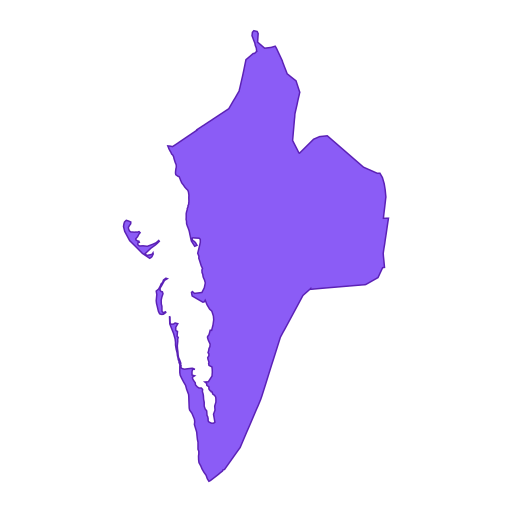 outline of Ad Durayhimi, Al Hudaydah, Yemen
{"feature_id": "15242507B48909907999430", "entity_name": "Ad Durayhimi", "entity_type": "district", "adm_level": 2, "iso_a3": "YEM", "parent_name": "Yemen", "parent_adm1": "Al Hudaydah", "projection": "equal_earth", "projection_center": [43.019, 14.599], "detail": "fine", "context": "isolated", "style": "filled", "palette": "violet", "viewbox_px": 512, "rotation_deg": 0, "n_neighbors": 0, "source": "geoboundaries", "source_scale": "gbopen_adm2", "svg_char_len": 6032}
<svg xmlns="http://www.w3.org/2000/svg" viewBox="0 0 512 512"><path d="M246.0,59.6L245.8,60.4L243.6,71.2L242.4,76.8L242.2,77.6L239.8,88.1L239.3,90.0L239.2,91.0L238.3,92.4L235.1,98.0L233.6,100.4L231.0,104.9L228.8,108.7L217.0,116.5L199.8,127.8L197.2,129.5L196.8,129.8L197.0,130.1L175.0,145.0L172.5,146.6L170.2,146.1L167.8,145.9L168.8,148.4L168.8,148.6L169.3,149.5L170.0,150.9L170.9,152.3L171.3,153.3L171.7,154.1L172.8,155.1L173.7,157.0L173.9,158.2L174.5,160.2L175.0,161.8L175.4,162.9L176.2,164.8L176.3,167.1L175.9,168.8L175.6,171.1L175.5,172.5L175.5,173.2L175.8,174.7L178.0,176.3L179.2,176.7L180.4,179.7L180.7,180.7L181.2,181.4L181.5,182.5L182.2,183.5L183.4,185.0L184.8,187.1L186.4,188.9L187.7,190.1L188.4,191.8L188.9,195.1L188.8,197.7L188.9,200.7L188.9,202.2L188.7,202.7L188.7,204.2L188.0,205.6L188.0,206.7L187.2,208.7L187.3,209.4L186.6,211.6L186.2,213.6L186.2,217.4L186.1,219.4L186.5,221.2L186.6,223.8L187.4,226.2L188.0,227.6L189.1,230.7L189.5,232.5L189.9,234.5L190.3,236.3L190.7,238.3L191.4,241.1L194.7,246.3L197.0,245.3L195.4,242.5L193.9,241.1L193.1,240.7L192.4,240.0L192.2,238.2L193.1,237.8L195.3,238.0L199.1,238.2L200.3,239.3L200.3,242.3L199.7,245.1L197.7,253.3L198.9,256.3L198.8,258.3L199.7,260.9L201.2,265.8L202.5,268.4L201.9,270.0L202.0,271.3L202.0,272.4L202.8,274.5L203.0,276.2L203.4,277.6L204.5,280.0L205.3,282.9L204.3,287.8L201.9,292.5L194.5,293.4L192.4,291.6L191.5,292.4L191.8,294.4L192.2,296.0L202.9,302.2L204.3,301.8L205.2,300.2L207.0,304.7L209.6,309.1L211.8,311.1L213.4,316.0L213.7,319.8L213.0,324.9L211.6,330.4L210.2,330.2L209.5,332.9L208.9,334.9L207.6,336.5L207.5,337.6L208.2,339.9L210.1,344.1L209.9,346.7L209.0,348.5L208.6,350.8L208.0,352.7L208.9,353.9L208.8,355.9L207.7,357.6L208.0,359.3L209.0,362.3L208.6,363.4L209.0,365.4L211.9,366.9L212.2,369.2L212.3,372.3L212.0,376.1L210.1,379.0L208.3,381.8L204.9,382.0L206.6,383.4L206.8,385.3L208.9,386.9L208.9,389.0L210.1,390.7L210.8,390.9L211.1,391.8L212.2,392.1L212.7,394.0L214.6,395.4L215.7,397.1L215.9,399.1L215.9,402.1L214.7,406.1L215.0,410.1L214.3,412.1L213.5,414.2L214.9,422.2L213.5,423.2L211.5,423.2L210.4,422.7L209.2,422.2L208.2,421.1L208.1,419.8L208.1,418.5L207.7,416.7L207.0,415.4L206.7,410.9L205.1,408.9L204.2,406.1L204.2,402.3L203.6,399.2L203.4,395.8L203.1,394.0L202.4,391.6L202.6,389.4L201.3,388.0L199.0,388.0L197.3,386.9L195.5,384.9L195.2,382.7L194.2,381.4L192.7,379.0L192.4,377.7L192.7,377.0L194.6,375.8L192.1,375.1L192.0,374.1L192.0,371.6L192.3,370.5L192.5,369.4L194.9,369.3L192.7,368.3L191.5,368.3L187.9,368.7L184.5,369.2L182.5,368.7L181.5,368.2L180.9,367.2L181.1,365.6L180.6,365.0L180.8,363.2L179.7,360.1L178.5,357.4L178.1,354.7L177.9,351.8L177.5,348.8L177.3,345.8L177.8,341.2L177.7,339.4L178.2,337.4L177.1,336.3L177.5,331.4L176.6,331.0L176.2,330.8L175.7,330.1L175.8,328.9L175.7,327.4L176.3,326.3L177.8,323.7L175.1,323.0L173.5,324.1L171.1,324.2L170.5,324.0L170.1,322.3L170.0,317.2L169.5,316.2L169.8,323.9L170.9,326.8L173.6,333.6L175.1,339.0L175.5,342.3L175.5,345.0L176.2,349.3L177.1,352.8L177.4,355.5L178.0,357.9L178.3,359.8L179.0,361.2L179.0,362.5L179.7,364.1L179.9,365.2L179.8,366.5L179.8,368.7L179.8,372.5L180.2,375.2L181.5,378.0L183.5,381.8L185.6,385.4L186.6,389.2L188.6,394.5L188.8,397.4L188.9,400.5L189.2,408.0L189.6,410.0L192.0,413.4L192.7,415.1L194.4,419.2L194.7,421.8L194.4,424.5L196.7,432.2L197.0,435.6L197.4,439.4L198.0,442.2L198.0,449.3L198.8,451.3L198.8,454.0L198.5,456.0L198.6,459.8L199.0,462.7L200.8,466.0L202.0,468.9L203.9,472.2L206.1,475.3L207.3,478.7L208.9,481.3L210.5,480.5L218.9,474.0L218.9,473.9L222.4,471.1L222.6,470.9L222.7,470.3L222.9,470.0L224.4,469.5L224.6,469.4L224.7,469.2L237.9,450.6L240.1,447.6L246.6,432.3L249.2,426.4L256.6,409.0L258.1,405.7L260.7,399.4L260.9,398.8L261.8,396.2L265.1,385.8L269.4,372.0L271.8,364.3L273.2,360.0L280.4,337.2L283.1,332.1L284.7,329.3L293.6,312.8L302.9,295.5L303.3,295.1L306.7,292.1L310.4,288.8L310.7,288.5L310.8,289.3L324.1,288.1L357.5,285.3L363.5,284.8L363.9,284.8L365.6,284.6L368.3,283.1L374.6,279.5L378.0,277.6L382.6,267.7L384.5,267.4L383.9,260.9L383.4,256.0L383.3,254.4L383.2,253.4L383.9,248.6L384.7,243.8L385.2,240.1L385.4,238.8L386.2,233.6L387.3,225.9L388.4,218.7L388.5,218.2L383.4,218.3L384.0,212.8L384.6,208.0L385.8,197.5L385.9,197.2L385.2,190.0L384.2,183.7L382.4,177.5L380.0,173.4L379.9,173.2L377.3,173.3L363.5,167.2L327.3,135.8L319.6,136.6L313.6,139.2L299.5,153.2L298.9,152.9L297.2,149.5L297.1,149.3L295.5,146.2L292.6,140.5L294.5,118.9L294.7,117.2L294.9,113.9L297.1,104.3L297.6,101.8L298.2,99.1L299.2,94.9L299.6,92.9L299.8,92.2L299.5,91.5L296.0,80.8L293.4,78.8L292.4,78.0L289.4,75.6L288.2,74.6L287.2,73.9L286.1,71.0L284.4,66.7L283.5,64.3L282.6,62.0L282.5,61.5L282.3,60.8L276.3,48.0L275.2,46.2L271.2,47.4L264.7,48.2L264.3,47.9L257.9,42.4L257.6,42.2L258.1,34.5L258.2,33.7L257.2,31.5L253.8,30.7L252.4,32.3L252.0,35.7L252.7,37.5L253.8,40.5L254.8,43.0L255.3,45.5L256.3,48.0L256.6,50.8L256.8,51.3L256.4,51.6L255.3,52.7L254.5,53.4L253.2,53.5L249.6,56.6L247.0,58.8L246.0,59.6ZM132.7,232.0L130.9,232.0L129.6,231.1L128.6,229.1L128.4,227.3L129.6,225.3L130.7,223.8L130.8,222.0L128.5,221.0L126.3,220.3L124.5,222.0L123.9,224.0L123.5,226.5L124.7,231.4L129.7,240.7L135.2,246.1L137.4,248.3L142.4,253.4L149.7,258.3L150.9,257.6L151.9,256.7L153.2,254.0L153.0,252.9L152.2,254.2L149.6,254.9L148.4,255.1L146.8,255.4L145.0,253.8L148.7,250.3L150.9,248.2L155.5,244.9L157.3,243.3L159.3,241.3L158.7,240.5L156.2,242.7L152.7,244.3L147.3,246.3L143.1,245.8L139.6,246.0L138.4,245.3L137.6,244.2L138.1,242.7L139.3,242.3L138.8,241.1L137.7,241.1L135.9,239.8L135.8,238.7L137.6,236.7L138.8,234.3L140.1,232.7L139.0,231.6L137.2,232.2L136.2,232.0L134.2,232.2L132.7,232.0ZM162.0,311.3L161.9,306.2L161.3,304.0L161.2,300.0L161.9,296.9L163.0,293.7L162.4,291.8L161.3,291.6L160.1,290.4L160.1,288.0L161.3,286.2L164.5,280.4L167.3,278.7L165.9,278.2L163.5,280.0L162.6,282.5L161.2,283.8L160.3,286.0L158.6,289.1L156.2,291.1L156.8,294.5L156.2,300.7L156.5,303.3L158.4,311.3L159.6,313.8L161.3,314.4L162.3,314.4L163.5,314.2L165.8,312.5L165.5,311.8L163.9,312.4L163.2,312.7L162.0,311.3Z" fill="#8b5cf6" stroke="#5b21b6" stroke-width="1.5"/></svg>